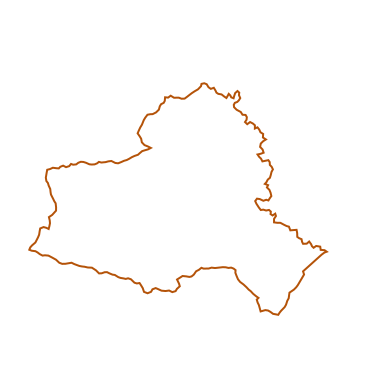 São Pedro do Turvo, São Paulo, Brazil, rotated 285°
{"feature_id": "56859067B64478700052962", "entity_name": "São Pedro do Turvo", "entity_type": "district", "adm_level": 2, "iso_a3": "BRA", "parent_name": "Brazil", "parent_adm1": "São Paulo", "projection": "orthographic", "projection_center": [-49.764, -22.69], "detail": "fine", "context": "isolated", "style": "outline", "palette": "amber", "viewbox_px": 384, "rotation_deg": 285, "n_neighbors": 0, "source": "geoboundaries", "source_scale": "gbopen_adm2", "svg_char_len": 4017}
<svg xmlns="http://www.w3.org/2000/svg" viewBox="0 0 384 384"><g transform="rotate(285 192 192)"><path d="M142.0,64.7L138.8,65.5L133.7,62.9L130.7,60.3L127.8,61.9L125.1,62.9L121.9,63.1L119.2,63.1L119.7,60.6L119.7,57.7L117.5,54.8L114.6,55.0L111.2,55.4L108.3,55.0L102.7,53.8L99.0,51.3L96.6,50.1L94.1,49.8L93.8,52.4L94.3,56.1L93.6,58.6L92.6,61.0L91.9,64.1L92.8,66.3L93.4,69.8L92.5,73.8L91.4,78.2L89.3,82.1L89.0,85.2L89.9,88.3L91.5,91.8L92.5,94.0L91.9,96.9L91.7,99.1L91.4,102.3L91.6,105.0L92.0,107.6L92.1,110.8L93.0,114.9L91.5,119.5L89.3,123.3L90.1,125.8L91.9,128.4L92.6,130.7L92.1,133.0L91.6,136.6L91.9,138.9L90.7,142.8L90.5,145.1L90.8,148.1L90.9,150.5L92.1,152.6L91.9,155.6L89.5,159.9L89.4,162.4L90.5,164.9L88.7,166.9L86.4,169.3L83.1,171.5L82.7,175.3L85.0,178.3L87.8,179.0L89.8,181.8L89.4,184.6L88.8,188.1L89.5,192.1L90.9,195.4L90.2,198.9L92.0,201.8L94.5,202.5L97.8,204.6L100.1,203.2L103.6,200.2L106.4,202.8L108.4,204.6L109.0,208.2L109.3,211.5L110.3,213.4L112.6,215.1L116.5,216.5L118.6,218.8L121.2,220.7L121.0,223.0L122.4,227.9L124.0,230.5L124.5,233.9L126.5,239.0L127.4,241.3L128.0,244.1L128.1,246.9L129.1,249.4L128.8,252.0L127.8,254.3L125.2,254.8L122.7,256.6L119.6,259.0L117.6,261.7L116.0,265.7L114.1,269.3L112.4,272.0L111.4,274.4L109.5,277.4L108.0,280.7L106.9,283.6L104.8,282.4L102.1,284.1L100.2,285.8L98.0,287.1L94.4,289.2L96.9,293.4L97.2,296.2L96.5,298.8L95.3,301.8L95.7,307.1L98.3,307.9L100.5,308.9L104.8,311.3L107.5,312.0L111.6,312.2L114.3,312.9L120.0,312.2L124.1,315.7L126.9,317.3L129.4,318.3L141.3,321.6L144.1,319.8L165.0,333.4L167.8,335.6L169.2,337.6L170.1,335.1L169.4,331.3L172.4,330.0L172.0,325.9L169.6,323.9L170.7,321.9L172.5,320.5L174.5,318.0L171.8,316.2L170.7,312.7L172.4,311.2L174.8,310.0L175.1,307.4L175.9,305.3L179.6,304.2L182.5,302.8L181.6,300.2L180.4,296.9L183.6,294.6L183.6,292.2L184.2,289.2L185.1,285.4L184.3,282.2L183.9,279.1L187.3,278.2L190.5,279.3L192.6,278.0L190.2,275.9L191.0,273.6L193.5,273.2L194.6,271.0L193.3,268.4L193.4,265.4L192.4,263.1L194.4,260.5L197.4,257.2L199.6,255.4L202.4,256.5L202.7,259.3L202.0,263.2L203.7,265.7L203.6,268.0L206.0,268.7L208.6,269.7L211.6,268.1L214.1,266.2L215.8,263.2L218.3,263.7L218.7,260.3L220.6,261.3L223.6,262.0L225.9,263.6L228.7,263.7L231.9,263.6L234.8,264.3L237.0,262.4L238.3,260.2L241.0,259.3L242.5,257.5L241.1,254.7L239.8,252.1L242.1,250.0L243.3,247.8L245.2,245.6L246.8,248.6L248.5,251.0L251.3,249.2L253.2,246.1L256.6,245.9L259.5,247.6L261.9,249.8L263.0,246.4L266.5,245.7L267.4,242.7L269.7,240.8L271.4,238.5L269.6,236.3L272.7,235.5L273.9,233.1L274.6,230.0L271.8,227.8L273.3,225.1L275.9,226.0L278.5,225.6L280.3,223.8L279.7,220.8L281.9,218.4L283.0,213.8L284.8,210.7L287.0,209.8L289.2,210.3L290.7,212.4L292.6,213.5L295.2,214.3L297.7,212.3L300.2,211.9L301.3,209.8L298.7,208.1L295.5,207.9L293.3,207.9L293.6,205.4L295.2,204.0L296.3,202.1L293.8,201.5L291.7,200.9L292.6,198.3L293.9,195.3L293.6,192.0L294.3,189.9L296.0,188.5L298.3,186.1L296.5,183.5L297.5,180.8L299.9,178.3L300.2,175.7L298.9,173.2L296.5,173.3L294.5,172.2L292.7,171.2L290.1,168.6L287.4,166.2L285.2,164.5L282.8,162.7L280.3,160.7L279.4,157.8L279.7,154.8L278.4,150.2L279.5,146.5L277.0,144.5L276.5,141.5L273.0,142.1L270.8,141.6L268.8,139.4L266.4,138.7L263.0,138.7L259.6,136.7L257.0,133.8L256.4,131.7L255.1,129.0L251.7,127.6L248.9,126.8L246.3,126.5L244.0,126.2L240.9,125.3L237.4,124.7L234.6,124.3L232.3,127.0L230.3,129.1L227.0,130.7L225.0,134.0L224.6,137.4L223.9,140.8L221.8,138.5L220.0,135.5L218.6,133.3L215.9,131.4L214.0,130.2L212.0,127.2L210.0,124.8L207.8,122.7L206.0,120.7L204.5,118.2L202.6,115.9L200.6,113.2L200.2,110.4L201.1,106.1L199.9,103.2L198.5,100.8L197.0,96.8L197.0,94.3L195.1,92.9L193.5,90.8L192.6,88.1L192.2,85.7L192.8,82.0L192.9,79.3L192.4,76.8L190.8,74.6L188.7,73.0L187.6,70.1L187.8,67.9L185.2,66.7L183.4,63.9L184.1,60.7L182.3,58.3L180.3,57.2L179.9,55.0L179.4,51.3L177.4,48.9L176.0,46.4L173.2,46.6L168.0,47.1L164.9,48.5L163.4,50.5L161.1,51.9L158.2,54.3L155.1,55.5L153.1,56.4L151.4,57.9L149.4,59.7L147.4,61.4L145.8,63.2L142.0,64.7Z" fill="none" stroke="#b45309" stroke-width="2"/></g></svg>